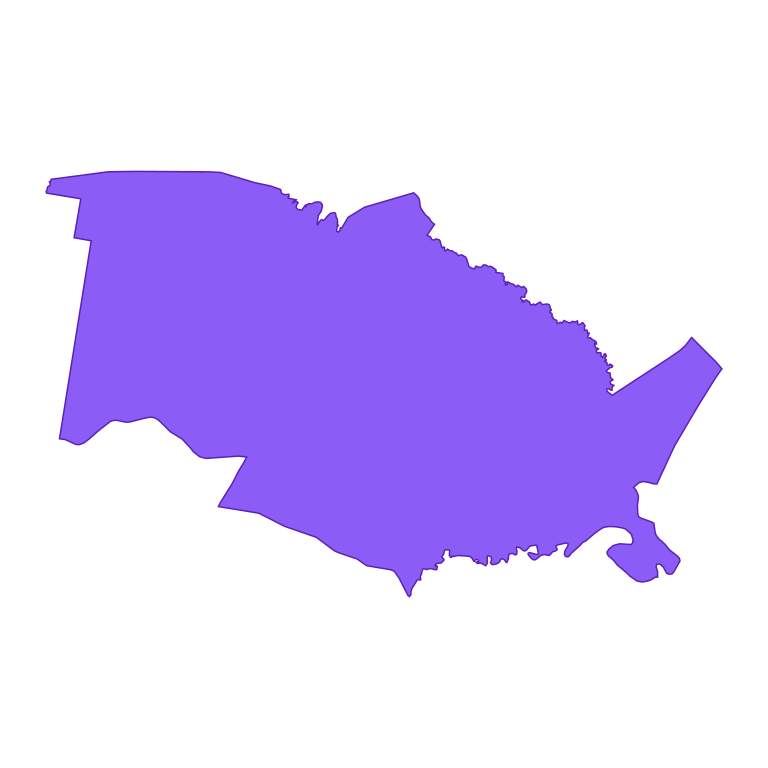 Fairfield, New South Wales, Australia (orthographic projection)
{"feature_id": "25037944B49484594449228", "entity_name": "Fairfield", "entity_type": "district", "adm_level": 2, "iso_a3": "AUS", "parent_name": "Australia", "parent_adm1": "New South Wales", "projection": "orthographic", "projection_center": [150.93, -33.867], "detail": "fine", "context": "isolated", "style": "filled", "palette": "violet", "viewbox_px": 768, "rotation_deg": 0, "n_neighbors": 0, "source": "geoboundaries", "source_scale": "gbopen_adm2", "svg_char_len": 6111}
<svg xmlns="http://www.w3.org/2000/svg" viewBox="0 0 768 768"><path d="M51.1,179.3L50.8,181.2L49.4,181.8L50.2,183.7L50.1,185.5L47.9,186.6L47.3,188.1L47.0,190.3L46.1,191.6L46.6,193.1L80.8,198.8L74.1,237.7L91.2,240.8L59.5,438.8L65.0,439.5L76.0,444.5L79.4,444.6L83.7,443.1L89.3,438.8L98.5,430.7L110.5,421.3L113.7,420.4L116.9,420.3L126.0,422.2L130.1,421.9L144.2,418.3L150.1,417.1L152.8,417.4L155.5,418.2L159.0,420.5L170.5,431.9L182.1,439.0L190.4,447.9L193.4,451.8L199.6,456.7L206.0,458.4L238.3,456.1L246.6,457.0L244.4,461.5L238.8,470.7L232.3,483.4L220.4,502.5L218.4,506.6L258.8,513.2L284.5,526.3L316.3,537.3L334.7,551.0L338.9,552.8L357.1,559.0L366.7,565.7L390.1,569.6L394.2,571.2L399.0,578.0L407.9,595.4L409.5,596.6L411.0,594.4L410.9,591.8L412.0,588.4L417.1,580.2L418.1,579.4L419.9,580.1L420.8,579.7L420.3,576.3L421.7,573.5L421.8,571.7L422.8,569.4L423.9,568.7L426.5,569.5L430.5,568.5L435.3,569.7L436.8,569.6L437.4,566.2L437.0,565.9L435.5,566.3L435.0,565.2L437.0,563.3L441.1,563.0L443.4,560.8L443.9,560.1L443.9,559.1L442.2,557.7L441.9,556.6L443.8,553.9L444.3,551.0L445.4,549.7L449.2,550.0L449.7,550.4L449.3,555.4L450.6,557.3L451.6,557.3L452.0,556.2L454.4,556.4L457.7,555.5L469.6,556.3L472.0,558.2L473.9,561.3L474.5,561.2L475.5,559.7L477.1,559.5L478.2,560.0L478.6,561.5L476.0,562.2L477.5,563.5L481.0,563.1L485.7,565.7L487.4,563.2L487.2,557.2L487.8,555.8L488.5,555.6L491.2,557.2L491.5,560.1L490.5,562.7L491.0,563.6L492.5,564.7L496.2,564.0L498.5,562.8L499.8,561.6L500.4,559.7L502.4,558.6L504.5,559.9L506.1,562.3L506.8,562.5L508.5,558.6L508.4,556.6L509.2,554.0L512.4,553.4L515.4,554.9L516.6,554.4L517.0,551.7L516.3,547.9L516.8,547.1L518.9,547.4L521.5,548.9L523.0,550.5L524.7,551.0L526.2,550.4L529.9,546.1L535.6,545.1L536.7,545.4L538.4,553.3L537.9,554.2L536.4,554.4L529.4,552.5L528.0,553.4L528.3,554.7L530.6,557.7L532.6,559.4L534.6,560.0L536.3,559.1L541.2,555.2L544.4,554.5L548.4,555.4L549.8,555.1L552.5,551.9L555.4,551.0L556.8,550.1L557.1,548.9L555.8,546.4L557.0,545.1L566.3,542.9L567.8,543.5L568.2,545.0L564.8,551.2L564.4,554.2L565.4,556.4L567.8,556.9L569.5,555.8L571.2,553.3L579.8,545.7L582.8,542.4L586.1,540.7L594.1,533.8L601.1,528.7L604.2,527.2L609.3,526.5L616.1,526.8L622.7,528.0L625.8,529.2L631.3,534.2L633.0,539.7L632.7,542.8L631.2,544.5L619.7,543.8L614.6,545.1L612.8,545.9L609.2,548.8L607.3,551.5L607.0,553.1L608.3,555.8L613.4,560.1L617.4,565.1L627.4,573.5L629.8,576.1L637.2,581.1L642.4,582.0L647.1,581.2L650.6,580.1L655.6,577.1L657.6,577.2L657.6,572.0L656.1,566.5L656.7,564.5L658.2,564.0L660.2,564.2L663.5,567.4L666.7,573.4L669.4,574.3L672.2,573.8L673.6,572.3L680.0,561.0L679.4,558.2L677.3,556.0L669.6,550.0L664.7,544.0L659.2,539.2L657.2,536.7L655.9,534.8L655.1,532.1L653.9,523.4L652.4,522.3L641.2,518.2L639.3,517.2L638.3,516.0L637.8,514.2L637.4,505.6L638.5,497.4L638.2,495.1L636.1,490.4L633.6,487.3L638.8,482.8L642.8,481.5L648.2,482.3L652.9,483.7L656.9,484.0L674.6,445.8L698.8,404.7L715.6,377.8L721.9,368.8L716.3,362.2L691.6,337.5L685.4,345.5L679.7,350.7L669.6,357.7L612.1,395.3L607.2,391.4L606.6,389.6L607.0,388.9L608.3,388.6L610.9,390.2L612.0,390.2L612.2,387.2L613.8,385.4L610.8,384.1L610.0,382.2L610.7,381.1L612.8,380.1L612.9,379.5L610.9,378.2L610.2,376.0L610.2,373.2L607.2,372.3L606.3,371.0L609.2,368.2L612.3,367.0L612.7,365.8L610.1,364.1L609.0,365.2L607.3,365.0L606.9,362.7L604.6,361.5L604.7,361.0L605.8,360.9L606.3,360.3L606.1,359.6L604.8,358.5L606.4,355.8L605.5,353.9L604.7,353.8L604.0,354.4L602.9,357.3L600.9,356.1L601.2,354.0L600.7,352.8L599.7,352.5L597.3,352.9L596.7,352.5L596.4,349.9L598.3,349.3L598.5,348.7L595.5,347.4L594.5,344.4L594.7,343.4L595.6,344.2L596.5,343.9L596.4,342.5L595.3,341.1L592.2,339.5L590.4,337.7L588.5,338.0L587.9,337.6L587.8,336.6L589.2,333.3L588.8,332.9L587.6,333.4L587.3,331.0L586.8,330.0L584.5,330.4L584.4,327.1L585.1,325.9L582.9,322.8L582.1,322.6L581.2,324.0L578.2,324.6L577.6,324.2L577.7,322.0L577.3,320.9L575.3,322.0L572.5,321.3L570.4,322.8L568.3,322.5L564.0,320.5L561.9,323.1L560.1,322.2L558.1,323.5L557.3,323.6L556.7,320.4L553.2,318.7L553.0,317.3L551.9,316.6L552.2,314.7L552.0,313.7L549.7,312.0L549.9,311.0L551.1,310.6L551.4,309.9L550.4,308.4L549.7,305.5L548.9,304.5L546.9,304.0L542.3,304.6L540.2,302.1L537.0,303.8L535.6,305.1L533.7,304.0L531.2,305.1L530.5,304.5L529.3,301.6L527.8,301.2L526.5,300.0L525.5,300.1L524.2,301.8L522.3,301.9L523.1,300.5L521.1,299.3L520.6,298.4L520.8,297.4L521.5,296.9L523.7,297.4L524.8,297.1L525.0,294.4L526.3,292.7L526.8,290.9L526.1,288.8L523.9,286.6L523.2,286.5L521.7,287.6L517.9,285.2L516.3,286.8L513.5,284.3L511.1,283.7L507.6,281.8L507.0,282.3L507.4,284.2L506.5,284.9L505.4,284.9L505.1,284.1L506.2,282.4L503.9,280.8L504.2,276.7L502.8,275.7L503.0,273.5L495.9,272.3L495.7,271.8L496.2,270.3L495.9,269.7L492.3,267.1L490.6,266.3L488.5,266.6L486.0,265.1L483.4,264.9L481.4,267.1L479.5,267.4L476.2,266.1L475.5,266.6L474.6,268.7L472.0,268.3L468.8,266.2L466.8,259.2L465.6,257.1L461.7,254.8L458.2,255.6L456.3,253.1L453.8,252.3L452.5,250.9L450.3,250.8L447.5,249.1L445.3,250.8L444.8,250.6L444.3,249.7L444.6,247.6L443.8,247.0L442.6,247.7L441.8,247.3L440.0,240.8L439.1,239.7L435.8,238.9L434.5,239.9L432.0,239.8L430.4,236.8L427.0,235.3L434.5,224.3L431.5,221.9L429.1,218.0L425.4,214.9L421.6,209.4L420.2,206.6L419.7,201.6L418.9,198.3L417.4,196.2L413.7,192.8L364.6,207.2L348.1,217.3L342.0,227.6L340.5,227.8L340.7,228.3L340.0,228.9L340.0,230.3L338.4,232.0L336.6,231.4L336.8,228.2L337.5,226.2L338.2,225.9L338.1,225.0L337.5,225.0L337.1,224.4L337.5,223.8L337.2,223.0L337.7,222.1L337.3,219.2L336.3,217.2L335.5,213.4L334.6,212.6L330.4,213.3L326.9,216.7L324.6,219.8L323.1,220.4L322.1,219.7L320.9,220.1L319.1,221.9L318.2,224.1L317.6,224.6L317.1,224.1L318.3,215.7L321.1,211.4L322.4,206.5L322.3,204.9L320.7,202.4L318.0,201.9L315.1,202.2L311.7,203.9L308.8,203.6L307.2,204.6L306.2,206.1L306.0,205.0L305.5,205.0L301.7,210.2L297.7,209.3L296.8,208.7L296.2,207.5L296.5,205.2L298.1,202.8L296.3,201.1L292.8,202.7L293.4,201.5L295.9,199.7L288.4,198.2L288.0,197.5L289.1,196.3L288.8,194.2L285.4,194.7L282.9,194.1L281.5,193.1L280.6,189.5L270.6,186.0L254.3,182.5L220.4,172.4L207.7,171.8L134.7,171.4L108.0,171.8L51.1,179.3Z" fill="#8b5cf6" stroke="#5b21b6" stroke-width="1.5"/></svg>